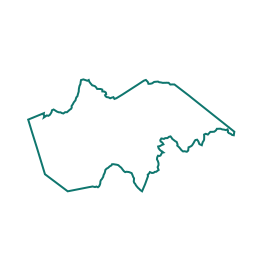 outline of Monsenhor Tabosa, Ceará, Brazil, rotated 245°
{"feature_id": "56859067B83702629342983", "entity_name": "Monsenhor Tabosa", "entity_type": "district", "adm_level": 2, "iso_a3": "BRA", "parent_name": "Brazil", "parent_adm1": "Ceará", "projection": "orthographic", "projection_center": [-40.061, -4.94], "detail": "fine", "context": "isolated", "style": "outline", "palette": "teal", "viewbox_px": 256, "rotation_deg": 245, "n_neighbors": 0, "source": "geoboundaries", "source_scale": "gbopen_adm2", "svg_char_len": 2843}
<svg xmlns="http://www.w3.org/2000/svg" viewBox="0 0 256 256"><g transform="rotate(245 128 128)"><path d="M177.0,58.0L177.8,41.1L165.2,39.3L148.6,37.1L121.2,33.2L96.1,46.6L90.9,67.6L90.4,69.4L90.0,71.1L88.4,73.2L88.3,74.6L87.0,75.7L87.4,77.2L88.2,78.2L89.3,79.3L91.2,80.4L92.2,81.4L92.6,82.5L93.4,83.7L94.2,84.9L95.6,85.9L97.1,87.8L98.2,88.8L99.5,89.7L100.2,91.4L100.3,93.1L101.0,95.3L101.1,97.2L101.9,98.2L101.3,99.6L100.4,100.9L99.4,102.4L98.3,103.6L96.9,104.1L94.9,105.1L92.9,105.5L90.7,106.0L89.2,106.8L89.0,108.1L87.8,110.1L86.8,111.1L85.6,112.2L83.6,112.2L81.5,112.0L79.8,112.2L78.4,111.4L77.0,110.6L75.7,110.5L74.3,110.9L72.6,111.0L71.3,111.3L69.5,111.8L68.1,112.4L66.4,113.0L64.7,114.0L69.8,119.7L75.9,125.8L77.3,126.1L77.9,127.9L78.8,129.2L77.1,130.7L76.6,132.3L76.9,133.7L76.4,135.2L76.8,136.8L77.0,138.0L80.0,138.3L81.5,140.0L83.3,140.8L85.4,141.1L87.4,141.0L89.1,142.1L90.2,143.5L89.4,144.6L89.3,145.8L90.1,146.9L91.2,148.3L90.9,149.7L92.5,148.9L93.5,148.1L95.1,147.5L96.9,147.2L98.5,147.5L98.1,149.5L98.3,151.3L98.2,153.2L99.5,153.1L100.8,152.7L102.0,151.9L103.3,152.1L104.4,153.8L103.6,155.0L102.9,156.0L103.1,157.4L102.2,159.5L102.7,161.4L102.4,163.0L100.8,163.4L99.5,163.5L96.0,165.3L94.8,166.2L92.2,166.0L91.2,165.2L89.9,165.8L88.2,166.4L85.3,167.1L83.5,168.0L83.1,169.3L81.6,171.3L82.1,173.0L84.9,174.7L84.8,176.9L85.1,178.6L86.6,181.0L87.9,182.7L88.6,184.0L88.2,185.7L86.3,186.1L84.9,186.0L83.2,185.9L81.2,187.6L83.6,189.7L84.3,190.9L85.2,192.0L86.9,192.9L88.4,193.6L89.9,194.2L89.9,196.0L88.3,197.6L89.0,199.3L89.7,201.0L88.8,203.0L88.2,204.7L88.7,206.7L89.7,208.2L89.1,209.6L88.2,211.6L86.9,212.8L86.0,214.3L84.7,215.9L84.7,217.6L83.3,217.5L82.1,216.8L80.8,217.2L79.2,218.7L77.7,219.4L76.7,220.8L79.7,222.8L127.0,199.2L131.3,197.1L147.8,188.5L148.8,186.5L149.5,184.7L151.8,183.9L152.6,182.3L153.5,180.3L154.2,178.6L155.3,177.2L156.3,175.6L157.4,174.8L158.1,172.9L158.7,171.2L158.3,168.7L158.6,167.1L159.4,165.2L161.4,165.4L164.0,164.5L164.2,162.4L163.2,155.5L160.6,136.6L159.9,130.1L160.1,128.0L162.1,127.8L162.4,125.9L162.5,124.4L164.0,123.3L164.9,121.9L166.1,121.1L167.5,121.1L167.8,122.5L169.5,122.9L171.0,122.0L172.0,120.2L173.7,120.9L174.9,119.7L175.8,117.9L176.5,116.5L178.2,116.3L179.7,115.8L180.8,114.8L181.8,113.6L184.0,113.0L186.2,112.5L188.1,112.7L188.0,111.1L189.2,109.9L190.9,108.1L191.3,105.7L189.8,104.6L187.9,103.4L186.6,101.8L185.3,100.8L184.2,100.0L183.1,99.4L181.8,98.7L180.5,97.5L179.1,96.3L178.1,95.5L177.6,94.1L176.4,93.0L175.2,92.0L174.7,90.8L174.1,89.6L173.1,88.4L172.3,87.1L171.7,86.1L170.4,85.7L169.5,84.7L169.1,82.7L168.6,81.0L168.1,79.4L168.9,77.7L168.5,75.6L169.5,74.3L170.7,73.5L171.4,72.0L172.9,70.5L174.7,69.4L176.2,68.4L176.2,66.6L174.8,65.5L173.9,64.3L172.9,62.6L172.7,60.9L173.7,59.8L173.1,56.2L174.6,57.5L175.7,57.1L177.0,58.0Z" fill="none" stroke="#0f766e" stroke-width="2"/></g></svg>